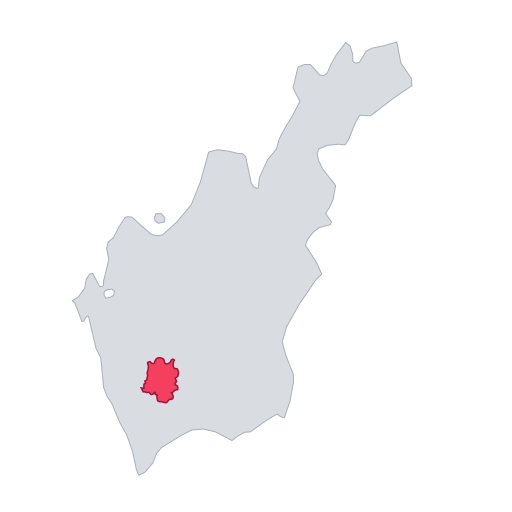 location of Spitak, Lori, Armenia, rotated 258°
{"feature_id": "60910142B40000384571079", "entity_name": "Spitak", "entity_type": "district", "adm_level": 2, "iso_a3": "ARM", "parent_name": "Armenia", "parent_adm1": "Lori", "projection": "albers", "projection_center": [44.201, 40.853], "detail": "fine", "context": "in_parent", "style": "filled", "palette": "rose", "viewbox_px": 512, "rotation_deg": 258, "n_neighbors": 0, "source": "geoboundaries", "source_scale": "gbopen_adm2", "svg_char_len": 3312}
<svg xmlns="http://www.w3.org/2000/svg" viewBox="0 0 512 512"><g transform="rotate(258 256 256)"><path d="M224.6,316.5L220.4,309.8L199.3,287.7L179.9,270.8L166.6,263.8L153.2,264.5L132.5,267.9L124.8,266.5L106.8,259.0L91.8,250.1L93.8,246.5L97.0,243.8L93.3,232.4L85.1,213.9L86.0,208.2L83.4,200.2L80.5,194.1L92.4,179.8L97.8,168.3L99.1,157.0L96.0,145.3L88.4,124.0L83.7,117.8L75.0,112.0L67.7,102.6L65.9,95.9L72.1,94.6L90.2,94.6L107.7,92.4L121.5,88.1L141.4,84.4L149.6,81.2L159.1,79.6L188.2,83.0L199.0,80.3L231.7,79.6L232.5,78.2L228.0,73.8L228.1,72.1L247.5,69.1L250.5,67.0L253.1,74.0L260.4,81.9L268.5,85.0L272.8,89.3L273.0,92.6L258.9,96.7L258.0,98.8L259.0,100.7L263.2,101.7L283.1,111.3L294.4,111.4L300.4,114.3L303.5,120.2L313.1,128.1L320.7,135.8L321.2,138.5L319.9,142.5L298.9,158.1L296.3,163.4L296.1,169.0L305.6,185.5L319.7,203.4L339.8,216.9L367.5,231.3L368.0,240.6L363.9,251.7L360.3,259.2L358.7,264.3L355.4,266.5L327.9,266.5L323.9,268.4L322.1,270.6L322.0,272.4L331.9,275.6L347.5,287.1L356.6,298.4L365.9,303.2L376.5,312.1L385.0,320.4L398.2,331.1L412.6,327.1L432.2,336.4L433.2,343.0L432.1,349.0L420.1,355.8L418.7,358.5L418.7,360.7L420.4,363.9L427.7,369.0L436.3,376.6L446.1,388.1L442.0,391.7L433.1,392.5L426.2,391.2L423.8,393.7L424.0,397.5L433.3,406.2L435.2,412.6L435.1,423.9L436.0,438.2L414.8,437.8L396.9,445.0L390.1,443.8L385.3,431.8L381.2,422.1L369.3,397.1L372.2,386.7L365.7,380.9L350.1,370.4L346.1,366.1L348.2,359.9L349.4,348.8L347.8,339.8L343.7,337.1L336.0,337.1L326.8,339.5L308.3,348.5L295.2,343.1L287.7,337.6L283.3,332.9L273.7,336.9L271.2,335.1L270.6,323.5L267.6,317.3L261.7,310.0L256.3,306.6L236.5,314.0L224.6,316.5ZM253.5,108.4L254.0,104.2L253.1,100.4L249.9,99.2L246.0,100.3L245.8,104.4L247.0,108.4L250.9,110.2L253.5,108.4ZM317.1,172.2L312.6,174.8L308.4,173.7L308.3,167.2L311.3,164.6L314.8,164.7L318.2,166.9L317.1,172.2Z" fill="#d9dde1" stroke="#a8b0b8" stroke-width="1"/><path d="M174.2,127.7L170.4,127.8L168.2,127.2L164.3,125.2L161.9,125.2L160.8,124.7L157.5,123.3L156.8,121.3L154.3,121.4L153.9,119.7L149.8,118.8L150.8,116.3L146.6,117.4L146.6,118.1L146.5,118.3L146.2,119.0L145.2,120.6L145.0,122.7L144.5,123.4L142.4,124.4L142.1,125.3L142.4,126.5L143.7,128.6L143.6,128.9L142.7,128.9L141.8,128.6L141.4,128.8L141.0,130.1L140.3,130.4L139.4,129.8L135.5,129.6L134.5,129.9L133.7,131.1L133.0,133.6L131.7,135.9L131.2,137.7L131.6,138.7L131.9,139.1L133.7,141.4L133.8,142.8L133.3,143.7L133.9,144.7L134.6,145.6L135.2,145.7L135.8,145.8L136.9,145.7L138.4,145.6L140.0,144.8L140.0,146.1L141.1,147.9L141.3,148.3L141.7,149.4L141.6,151.6L143.6,152.2L145.3,152.1L145.8,151.5L146.6,150.6L147.3,150.2L148.0,150.2L148.6,150.8L149.4,151.8L149.8,152.3L152.9,151.5L153.7,152.1L154.2,153.7L154.9,154.7L157.5,155.8L159.2,156.1L161.9,155.5L162.6,154.2L162.8,152.8L165.0,152.1L167.1,152.3L170.2,153.7L171.1,154.5L172.1,153.7L172.4,152.9L172.2,152.1L171.6,151.3L170.8,150.8L170.8,150.7L170.4,150.4L169.6,149.5L169.2,148.3L169.1,147.8L168.9,146.7L169.1,145.4L169.9,144.8L170.8,144.5L171.9,144.4L173.3,144.4L173.5,144.4L174.3,144.2L175.0,143.3L175.2,143.2L175.8,142.3L176.3,141.3L176.7,140.1L176.7,138.8L176.4,137.8L175.8,136.6L174.7,135.8L173.9,135.0L172.7,134.7L172.2,133.8L172.2,133.1L172.4,132.3L172.9,131.6L173.5,131.2L173.8,131.0L174.7,130.5L174.7,129.5L174.6,128.3L174.2,127.7Z" fill="#f43f5e" stroke="#9f1239" stroke-width="1.5"/></g></svg>